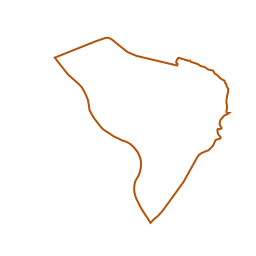 Pakse, Champasak, Laos (Albers equal-area conic projection), rotated 18°
{"feature_id": "54806243B60589909949594", "entity_name": "Pakse", "entity_type": "district", "adm_level": 2, "iso_a3": "LAO", "parent_name": "Laos", "parent_adm1": "Champasak", "projection": "albers", "projection_center": [105.849, 15.117], "detail": "fine", "context": "isolated", "style": "outline", "palette": "amber", "viewbox_px": 256, "rotation_deg": 18, "n_neighbors": 0, "source": "geoboundaries", "source_scale": "gbopen_adm2", "svg_char_len": 2859}
<svg xmlns="http://www.w3.org/2000/svg" viewBox="0 0 256 256"><g transform="rotate(18 128 128)"><path d="M113.7,56.8L104.7,56.0L102.2,55.3L85.2,48.8L83.3,48.4L81.4,48.4L80.2,48.7L78.4,49.6L76.2,51.2L69.6,56.2L49.7,72.8L36.6,83.7L39.1,85.4L47.5,91.1L54.6,95.7L64.4,100.0L67.9,101.6L71.5,103.6L74.6,106.3L78.4,110.3L81.5,114.1L83.8,118.6L85.9,122.9L89.1,126.0L92.4,129.0L95.8,131.3L100.3,134.4L104.5,136.9L111.6,138.8L117.1,140.4L122.4,141.0L125.8,141.6L130.9,141.6L135.3,142.6L139.4,144.5L142.5,146.5L145.0,148.2L147.2,150.7L148.7,152.5L150.4,155.2L151.5,157.9L152.5,162.2L152.9,165.9L152.8,169.6L151.9,173.6L151.4,176.1L151.6,179.4L152.5,183.4L153.9,187.1L155.4,189.6L157.8,192.7L161.0,196.0L163.4,198.3L164.4,199.5L168.2,202.7L171.6,205.5L175.6,208.7L178.7,211.3L180.9,206.7L181.0,206.5L183.6,202.5L186.5,196.1L197.5,162.1L202.7,135.3L203.8,131.5L206.1,128.7L209.2,126.1L211.5,124.2L214.0,119.2L214.4,117.5L214.6,116.7L214.7,115.8L214.7,114.8L214.8,113.7L214.9,112.9L215.2,112.3L215.7,111.8L216.3,111.3L217.0,110.9L217.7,110.4L218.5,109.8L218.9,109.4L219.1,109.1L219.2,108.8L219.1,108.5L218.9,108.2L218.1,107.6L217.3,107.0L216.4,106.5L215.8,106.0L215.3,105.5L214.9,104.8L214.5,104.2L214.1,103.1L213.7,102.4L213.6,102.0L213.6,101.5L214.0,101.2L214.5,101.0L215.2,100.8L215.7,100.7L216.2,100.4L216.7,100.0L217.0,99.7L217.0,99.4L217.0,99.0L216.3,98.4L215.5,97.7L214.8,97.1L214.4,96.7L214.0,96.0L213.7,95.2L213.6,94.2L213.5,92.6L213.5,91.6L213.7,90.9L214.2,89.9L214.7,88.9L215.0,87.8L215.4,87.0L215.8,86.4L216.2,85.9L216.8,85.4L217.5,84.9L218.3,84.1L218.9,83.2L219.4,82.5L218.4,82.8L217.9,82.9L217.5,82.8L217.0,82.7L216.7,82.4L216.5,82.0L216.4,81.2L216.3,80.1L216.0,78.9L215.8,77.8L215.7,77.1L215.2,76.0L214.7,75.1L214.1,74.0L213.5,72.7L213.1,71.4L212.9,70.0L212.7,68.8L212.4,67.2L212.3,65.9L212.1,63.5L211.8,62.0L211.6,60.9L211.5,60.3L211.2,59.8L211.0,59.5L210.5,59.2L210.1,58.8L209.6,58.4L209.2,58.0L208.8,57.6L208.4,56.8L208.1,56.1L207.5,55.6L206.9,55.3L206.3,55.0L205.8,54.5L205.5,53.6L205.3,53.3L204.9,53.1L204.4,53.0L203.6,53.0L202.5,52.8L201.6,52.6L200.7,52.3L199.8,51.9L198.5,51.1L197.5,50.6L196.3,50.0L195.4,49.8L194.1,49.5L193.4,49.2L192.9,48.9L192.4,48.4L191.9,47.8L191.5,47.3L191.1,47.2L190.4,47.1L189.5,47.4L188.5,47.3L186.3,47.7L185.1,47.3L184.0,46.9L181.8,46.3L178.2,46.6L176.8,46.3L175.3,45.8L174.7,45.7L174.1,45.8L172.8,45.7L172.0,45.4L170.7,45.7L169.0,45.6L167.4,45.7L166.7,45.2L166.0,44.7L165.1,45.2L164.4,45.5L163.5,45.3L162.8,45.4L161.7,45.6L161.0,45.6L160.2,45.4L159.6,45.4L158.7,45.6L158.1,45.7L157.5,45.5L157.1,45.4L156.3,45.6L155.2,45.6L154.6,45.5L154.3,45.7L154.1,45.9L154.1,46.4L154.1,46.8L153.9,47.1L153.5,47.5L153.4,47.7L153.4,48.2L153.4,48.7L153.3,49.3L153.4,49.7L153.6,50.7L153.8,51.1L154.2,51.2L154.7,51.3L155.2,51.6L155.4,51.9L155.4,52.3L155.5,53.3L155.4,53.4L113.7,56.8Z" fill="none" stroke="#b45309" stroke-width="2"/></g></svg>